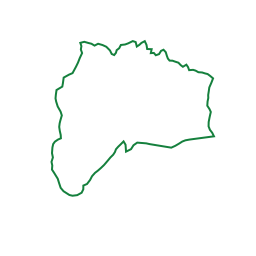 Óleo, São Paulo, Brazil, rotated 26°
{"feature_id": "56859067B72488738088697", "entity_name": "Óleo", "entity_type": "district", "adm_level": 2, "iso_a3": "BRA", "parent_name": "Brazil", "parent_adm1": "São Paulo", "projection": "mercator", "projection_center": [-49.384, -22.97], "detail": "fine", "context": "isolated", "style": "outline", "palette": "green", "viewbox_px": 256, "rotation_deg": 26, "n_neighbors": 0, "source": "geoboundaries", "source_scale": "gbopen_adm2", "svg_char_len": 1725}
<svg xmlns="http://www.w3.org/2000/svg" viewBox="0 0 256 256"><g transform="rotate(26 128 128)"><path d="M128.7,43.3L125.6,42.1L123.9,44.2L123.5,48.0L121.1,50.4L118.3,49.2L115.7,50.7L114.7,46.8L110.6,48.6L108.2,45.2L105.0,42.6L102.8,45.6L101.7,48.4L100.2,50.9L97.2,47.4L94.2,47.8L91.0,51.9L88.8,54.2L85.2,56.5L85.1,60.2L83.7,63.0L84.2,65.7L83.6,68.5L80.9,68.6L77.8,66.2L72.9,64.5L68.7,64.6L64.2,65.4L61.8,68.6L58.2,68.3L55.4,68.9L50.9,69.7L47.8,72.4L50.2,74.8L51.2,78.1L53.9,80.8L54.0,86.4L54.4,91.2L54.4,95.6L54.1,103.0L51.6,105.9L48.1,110.9L49.9,116.4L50.8,119.6L47.1,125.2L48.6,129.8L49.9,133.2L51.9,135.8L55.4,139.5L60.2,142.8L63.0,145.7L63.9,150.9L64.5,153.7L65.7,157.2L68.1,160.7L70.6,163.8L72.2,166.7L70.2,169.0L68.3,172.3L67.8,175.2L68.6,178.6L70.7,183.9L73.4,187.4L74.1,192.0L76.4,194.9L77.9,198.7L81.1,200.6L87.1,204.4L90.1,207.6L93.7,211.3L97.8,213.1L104.7,213.9L107.8,213.2L111.8,210.6L114.7,206.5L114.7,202.7L113.1,199.3L115.7,196.3L116.7,191.3L116.8,187.1L118.0,182.8L119.6,179.6L121.2,175.8L122.7,171.7L123.9,167.1L125.1,162.2L126.4,158.5L126.8,155.3L126.5,152.4L127.4,149.1L128.4,146.4L129.9,142.0L133.1,144.1L136.6,150.1L140.0,145.7L140.5,141.1L142.7,137.1L151.1,133.8L154.5,133.0L175.5,126.7L178.3,123.3L180.7,119.7L182.7,116.4L185.0,113.9L188.4,111.4L208.9,97.8L205.8,95.4L202.4,93.7L199.7,91.2L197.9,87.3L196.9,83.6L196.2,80.8L195.4,77.3L193.0,75.3L189.5,73.2L187.9,69.3L187.0,65.8L185.6,63.2L184.5,59.6L183.3,55.9L183.1,51.0L182.7,46.1L179.1,45.2L175.9,44.6L173.1,45.2L170.3,45.6L166.8,47.0L163.6,46.8L161.0,47.2L157.6,49.2L155.2,46.9L152.7,45.5L150.5,48.9L147.9,48.4L144.7,47.2L141.2,47.7L138.5,48.0L135.8,49.2L133.4,48.1L131.3,46.1L128.7,43.3Z" fill="none" stroke="#15803d" stroke-width="2"/></g></svg>